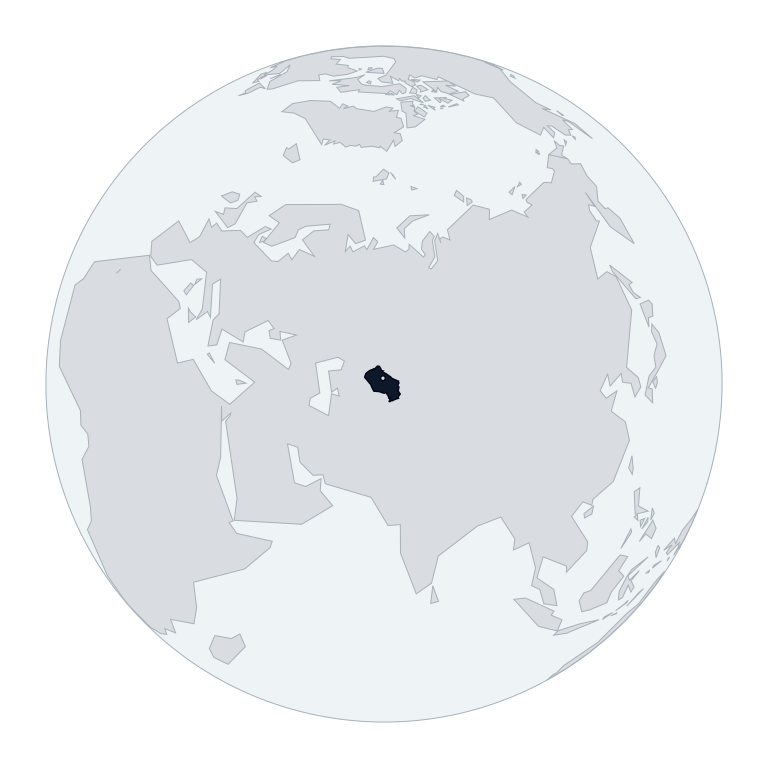 Qyzylorda highlighted on a globe, orthographic projection, rotated 13°
{"feature_id": "KAZ-3197", "entity_name": "Qyzylorda", "entity_type": "Region", "adm_level": 1, "iso_a3": "KAZ", "parent_name": "Kazakhstan", "parent_adm1": "", "projection": "orthographic", "projection_center": [63.953, 45.065], "detail": "fine", "context": "on_globe", "style": "filled", "palette": "ink", "viewbox_px": 768, "rotation_deg": 13, "n_neighbors": 0, "source": "natural_earth", "source_scale": "10m", "svg_char_len": 13825}
<svg xmlns="http://www.w3.org/2000/svg" viewBox="0 0 768 768"><g transform="rotate(13 384 384)"><circle cx="384" cy="384" r="338" fill="#eef3f6" stroke="#a8b0b8"/><path d="M419.6,48.0L417.8,48.4L410.2,47.4L410.2,48.0L419.8,49.7L426.1,50.8L439.2,61.2L468.8,75.8L485.0,79.4L476.1,80.0L511.4,87.3L531.9,98.1L504.5,86.7L498.4,86.4L510.2,93.6L506.5,94.9L510.1,99.5L504.7,100.6L489.1,94.8L485.3,95.7L493.9,100.9L493.8,105.9L481.8,98.0L480.5,106.3L454.2,99.7L426.5,80.6L407.6,80.9L367.8,72.4L367.1,75.4L351.6,75.2L345.1,78.9L339.6,77.0L339.1,81.7L345.4,82.8L347.4,85.4L344.1,88.0L336.5,85.7L337.0,84.1L333.0,84.8L330.6,82.7L330.0,85.2L321.1,82.7L325.0,89.0L313.8,90.2L309.3,87.6L316.2,82.8L323.0,67.4L320.5,64.6L310.1,64.7L276.6,74.5L271.2,74.0L259.2,76.9L259.1,79.0L268.5,77.7L265.5,83.1L277.4,81.6L277.9,83.9L287.5,85.0L279.0,90.4L265.5,95.4L257.1,95.0L250.9,97.5L253.2,102.8L232.0,107.9L208.5,121.8L203.8,123.0L204.8,115.0L219.3,101.5L220.7,94.1L212.5,104.9L200.9,108.8L196.0,112.3L192.4,116.0L194.0,117.1L188.6,120.1L194.5,109.7L199.6,106.8L197.6,109.9L204.3,103.9L208.3,98.3L202.1,101.4L214.6,91.9L210.3,94.2L210.6,94.0L211.1,93.7L216.6,90.6L211.4,93.5L232.5,81.9L254.4,71.9L277.0,63.5L300.1,56.7L323.6,51.5L347.4,48.1L371.4,46.3L395.5,46.3L419.6,48.0ZM429.6,51.3L420.4,49.7L413.1,48.1L421.1,49.1L429.6,51.3ZM442.9,56.5L437.6,55.6L438.1,53.9L441.0,54.8L442.9,56.5ZM497.5,82.3L490.7,78.9L498.5,81.8L497.5,82.3ZM511.6,99.9L514.7,100.6L515.2,102.7L511.6,99.9ZM291.5,82.1L289.5,83.5L288.7,82.5L291.5,82.1ZM297.6,81.4L298.1,79.2L301.1,78.6L300.7,79.9L297.6,81.4ZM507.4,106.7L507.3,110.3L504.7,105.6L507.4,106.7ZM296.2,84.3L306.2,77.9L311.4,76.9L314.2,81.4L296.2,84.3ZM505.5,111.7L505.5,121.2L512.4,123.3L493.0,123.5L499.4,114.9L495.1,108.6L501.1,112.0L505.5,111.7ZM348.9,82.2L342.0,81.1L350.7,79.8L348.9,82.2ZM354.0,80.8L378.1,74.4L386.6,77.8L376.8,79.0L390.3,82.0L382.5,86.7L373.4,86.1L369.5,82.9L369.5,87.2L354.0,80.8ZM482.2,122.5L479.9,124.2L479.4,121.3L482.2,122.5ZM348.8,86.4L352.9,84.6L360.6,87.3L353.8,91.5L353.5,89.2L348.8,86.4ZM397.6,80.8L402.0,83.8L397.0,88.4L398.1,90.3L383.1,87.1L397.6,80.8ZM350.1,89.9L350.1,93.6L343.5,94.7L345.3,88.4L350.1,89.9ZM365.5,86.4L368.8,88.0L364.7,88.4L365.5,86.4ZM320.1,101.7L324.9,99.0L329.3,100.0L320.1,101.7ZM350.5,94.9L352.8,94.5L355.1,94.8L353.7,97.5L350.5,94.9ZM380.6,90.8L377.6,92.2L386.5,92.2L383.1,96.0L373.7,93.4L376.3,96.1L375.3,97.3L368.8,93.9L380.6,90.8ZM359.2,101.1L346.1,99.8L336.3,104.3L332.1,103.3L348.6,96.3L359.2,101.1ZM365.4,97.1L360.6,99.3L357.8,96.8L359.4,93.7L365.4,97.1ZM384.2,99.7L391.8,94.5L393.6,95.3L384.2,99.7ZM356.9,102.9L360.1,103.2L356.5,103.5L356.9,102.9ZM376.4,101.1L378.9,99.0L380.9,100.0L376.4,101.1ZM364.5,105.8L360.3,105.2L361.2,103.0L364.5,105.8ZM370.4,104.0L372.5,105.8L364.0,102.5L371.2,102.9L370.4,104.0ZM377.9,102.3L379.8,102.2L376.6,103.1L377.9,102.3ZM363.4,114.8L352.5,111.2L354.6,106.2L364.9,110.3L363.4,114.8ZM59.0,414.3L60.7,357.2L67.6,348.9L74.4,330.0L126.5,311.3L131.4,325.7L165.5,349.8L168.6,356.2L157.9,369.2L178.1,410.1L192.5,402.9L217.5,429.6L238.3,438.5L257.6,411.3L223.5,396.1L224.2,378.3L256.8,377.5L287.6,391.3L288.9,384.9L275.0,364.2L287.7,356.0L270.8,356.2L273.4,364.5L262.9,365.1L259.9,357.7L264.5,354.8L256.8,348.2L236.8,364.5L237.3,374.7L213.7,366.9L212.3,383.5L203.9,386.6L203.1,359.9L207.5,352.7L201.2,318.6L194.4,325.2L199.9,358.2L195.7,353.1L186.5,363.6L190.1,351.7L186.0,315.0L168.4,306.1L136.2,319.2L128.0,312.2L125.7,297.2L147.3,271.3L163.2,289.9L171.1,282.1L176.4,262.5L180.7,270.2L184.8,264.9L191.6,271.4L209.6,266.6L217.8,271.9L232.9,257.3L239.2,258.4L228.4,266.5L225.4,275.5L246.7,289.5L253.2,288.4L261.3,278.1L266.2,283.8L271.3,272.0L287.6,275.3L272.1,261.9L281.2,250.6L295.4,246.2L295.6,240.4L272.5,247.8L265.8,253.1L264.5,261.3L243.8,275.0L234.7,273.2L245.8,250.5L234.2,245.8L247.9,231.3L301.9,218.6L320.3,220.7L333.6,248.0L324.7,253.7L315.4,246.4L316.5,263.7L320.0,257.2L324.0,262.3L333.8,253.8L337.1,257.0L340.8,243.7L345.9,246.8L343.5,255.2L362.3,246.3L375.3,250.6L377.9,247.1L377.1,242.2L394.0,251.5L395.2,248.6L390.2,244.3L389.3,236.0L394.3,225.1L399.9,228.9L398.8,233.3L405.0,248.8L401.3,260.7L404.1,261.3L408.6,251.9L401.1,232.9L402.5,225.3L407.5,233.6L405.8,230.0L408.2,227.5L415.9,228.8L411.1,219.5L430.7,189.6L447.5,190.0L449.6,200.1L469.2,185.8L486.6,189.0L481.9,184.8L488.1,176.2L482.7,174.9L480.9,172.4L494.3,151.6L501.8,150.3L502.2,138.2L499.8,136.3L494.3,136.5L493.0,123.5L512.4,123.3L516.9,127.5L526.0,125.2L535.0,135.6L546.7,143.7L551.3,157.6L560.1,163.4L562.6,161.9L576.6,169.3L596.3,191.0L569.1,179.9L537.2,152.1L549.2,163.5L543.1,163.2L545.4,168.9L554.2,177.2L557.3,176.8L554.2,204.4L568.7,233.7L575.8,224.4L586.0,227.2L608.7,256.2L616.6,313.2L630.3,320.5L634.9,329.1L631.4,340.2L624.6,327.8L616.0,328.6L612.7,320.4L604.8,335.2L599.7,324.2L596.1,341.9L603.6,347.9L612.5,338.3L611.5,359.4L627.7,366.6L635.8,383.6L629.3,427.5L613.5,449.3L613.8,455.5L604.3,454.0L596.5,470.8L618.0,492.0L619.0,500.7L604.1,526.3L602.9,520.4L577.9,516.6L576.6,538.5L595.7,546.0L602.4,561.1L589.2,562.2L582.0,549.1L573.1,547.2L573.1,529.2L561.1,506.0L547.5,516.7L546.3,505.4L527.7,487.4L507.0,501.4L475.6,539.4L475.1,567.4L462.6,581.2L438.1,545.0L431.5,517.3L419.8,521.0L396.9,497.4L349.2,494.4L345.0,486.2L335.4,488.9L319.7,479.0L314.1,465.0L303.4,464.0L319.0,500.4L330.7,501.5L344.0,490.3L345.9,502.4L361.4,514.1L335.3,539.2L268.7,550.5L266.5,528.5L238.0,455.8L241.2,449.4L241.3,448.5L241.2,446.9L234.2,456.7L230.7,442.0L241.3,492.1L241.3,510.8L267.7,551.4L264.2,553.8L274.0,562.7L310.5,562.4L309.8,569.1L289.9,595.5L243.0,620.0L251.8,644.1L252.7,660.4L229.0,661.3L236.9,673.4L225.5,671.6L228.6,676.8L222.7,677.4L210.7,673.3L184.2,656.5L178.0,651.4L157.8,633.1L127.8,592.6L129.7,583.2L125.4,569.3L106.7,525.3L110.5,511.1L106.6,499.3L98.0,492.5L94.2,478.2L89.5,472.3L63.7,439.9L59.0,414.3ZM101.5,331.4L98.4,336.5L101.5,331.4ZM315.8,421.8L337.1,427.3L335.1,405.3L343.1,405.9L339.5,398.5L334.8,403.8L327.1,383.8L339.0,379.8L340.3,370.5L333.1,368.3L312.6,379.0L323.5,407.2L315.4,414.4L315.8,421.8ZM200.6,109.4L199.9,110.3L195.5,114.2L196.0,112.7L200.6,109.4ZM185.9,131.4L177.4,135.8L183.8,131.3L182.7,129.6L194.8,118.7L202.0,123.0L196.6,122.7L185.9,131.4ZM213.0,106.3L204.5,112.1L213.5,105.6L213.0,106.3ZM200.8,231.5L200.3,237.9L193.6,242.1L183.3,237.3L192.9,230.9L200.8,231.5ZM201.2,246.1L215.2,226.1L222.1,228.9L215.9,230.6L219.1,234.5L209.8,238.3L202.9,261.4L196.5,266.8L180.9,253.8L189.5,254.8L189.5,248.2L201.2,246.1ZM238.4,176.4L244.5,169.6L251.7,184.3L245.2,189.1L234.5,184.1L235.9,175.6L238.4,176.4ZM299.3,94.2L301.1,91.9L303.3,92.3L303.4,94.6L299.3,94.2ZM322.0,100.3L293.3,105.2L294.0,102.7L276.3,109.5L271.3,105.6L282.9,101.1L265.8,103.7L274.2,98.1L262.4,100.9L288.8,91.3L295.7,86.9L289.9,93.1L294.3,96.7L298.4,97.0L314.9,94.7L331.9,87.9L339.1,91.0L339.6,95.1L336.6,97.1L332.9,94.3L331.5,99.2L323.9,96.8L322.0,100.3ZM341.4,150.0L338.4,144.2L334.3,156.7L326.7,153.1L326.7,154.8L318.5,155.1L308.6,158.6L306.1,156.0L303.3,158.5L297.8,159.0L293.2,161.8L287.0,158.4L280.8,161.6L281.5,158.2L272.4,164.7L276.4,158.4L269.7,159.0L269.4,164.8L247.7,143.2L235.5,140.3L223.2,141.6L231.7,131.5L248.6,124.3L268.2,120.6L278.7,125.4L280.7,120.3L286.3,121.3L282.4,124.9L291.7,120.1L295.3,121.9L312.8,120.7L323.9,113.5L330.6,113.2L328.0,117.0L336.5,114.1L336.1,121.3L340.9,121.4L345.3,129.0L337.5,136.9L343.4,136.4L347.1,142.6L341.4,150.0ZM364.3,117.0L356.7,126.4L348.8,129.3L344.5,115.1L340.2,114.0L337.1,105.7L348.7,101.9L348.5,104.5L351.0,106.3L346.4,106.7L351.9,107.7L351.9,111.5L356.2,113.4L352.5,115.8L364.3,117.0ZM176.3,354.1L179.5,357.5L185.4,361.0L179.8,368.0L176.3,354.1ZM172.9,329.1L176.4,330.6L171.3,341.5L168.0,338.2L172.9,329.1ZM182.7,322.6L177.0,329.9L178.1,324.0L182.7,322.6ZM232.1,267.5L236.4,268.8L235.1,271.6L230.8,274.1L232.1,267.5ZM327.8,189.0L327.3,184.6L329.6,183.9L335.2,174.8L341.3,177.1L340.3,183.6L327.8,189.0ZM249.3,414.2L240.8,417.5L238.7,413.3L242.1,412.9L249.3,414.2ZM206.7,393.0L214.4,401.9L205.1,394.8L206.7,393.0ZM335.4,190.0L337.0,185.9L339.0,189.7L335.4,190.0ZM346.1,178.5L349.3,182.1L342.7,176.4L346.1,178.5ZM308.0,671.1L295.1,692.2L279.7,688.7L273.3,681.0L275.7,667.2L292.5,666.4L299.8,660.0L308.0,671.1ZM657.0,558.9L662.6,554.3L662.1,555.5L657.0,558.9ZM651.4,561.1L658.2,555.2L649.8,564.4L651.4,561.1ZM660.7,552.8L667.6,544.3L670.6,539.8L669.8,542.4L660.7,552.8ZM646.6,565.3L617.9,585.8L605.9,590.6L609.3,585.1L628.8,573.6L646.6,565.3ZM608.3,585.6L589.2,585.4L559.0,564.6L569.9,560.7L600.7,567.1L598.9,571.6L610.5,573.8L608.3,585.6ZM652.4,535.4L650.3,547.0L635.1,557.9L627.9,561.4L622.9,551.4L625.7,542.6L631.9,538.7L652.5,497.5L660.3,497.3L654.7,513.1L660.9,517.3L652.4,535.4ZM476.9,569.6L486.0,583.5L478.9,587.4L476.9,569.6ZM658.6,472.7L651.8,491.0L657.2,469.6L658.6,472.7ZM660.4,454.5L662.0,459.8L657.6,457.3L660.4,454.5ZM615.8,463.9L609.4,469.5L608.1,465.3L615.5,455.8L615.8,463.9ZM641.8,398.1L645.9,410.9L646.2,416.2L641.3,410.7L641.8,398.1ZM389.9,209.0L375.3,218.6L368.8,228.2L371.5,237.2L361.4,229.1L371.4,214.3L389.9,209.0ZM425.0,191.4L422.6,184.2L427.8,185.0L429.0,186.8L425.0,191.4ZM420.7,188.7L409.9,184.4L411.2,179.0L419.4,183.3L420.7,188.7ZM372.2,186.2L367.5,188.8L365.9,185.5L372.2,186.2ZM609.4,635.8L614.3,628.9L617.0,626.8L622.4,618.0L650.6,587.4L672.5,552.5L681.5,540.9L692.3,516.5L699.5,503.3L693.6,518.9L695.1,516.0L684.6,538.4L672.5,560.0L658.8,580.6L643.7,600.2L627.2,618.6L609.4,635.8ZM708.4,478.7L709.5,474.8L709.3,475.6L708.4,478.7ZM670.5,545.9L679.1,530.1L682.9,524.9L670.5,545.9ZM714.8,452.9L714.6,453.6L711.0,469.0L704.8,485.5L707.3,477.0L707.4,472.2L698.7,486.5L697.0,485.1L700.8,476.0L694.0,483.0L701.6,468.9L703.9,473.8L707.8,459.1L713.0,448.4L716.7,438.9L718.0,435.4L717.1,440.8L714.8,452.9ZM700.0,490.3L701.2,488.2L699.8,492.9L700.0,490.3ZM721.0,409.1L721.1,408.0L721.0,409.1ZM684.8,505.3L684.2,508.4L682.0,509.2L684.8,505.3ZM687.8,499.9L694.1,493.8L687.0,503.0L687.8,499.9ZM664.9,516.0L667.3,520.2L674.8,508.4L669.0,520.2L673.3,525.5L671.3,531.2L667.2,525.0L664.4,538.5L661.0,541.6L659.8,533.3L663.7,517.6L667.1,509.0L680.3,493.0L664.9,516.0ZM688.1,492.0L686.2,486.7L687.4,479.8L689.5,481.4L688.1,492.0ZM679.4,474.6L672.9,471.2L668.2,480.0L676.6,456.2L681.6,463.4L679.4,474.6ZM672.0,459.0L667.8,467.2L671.4,454.4L672.0,459.0ZM666.0,465.2L664.2,459.1L668.3,456.2L666.0,465.2ZM674.5,456.7L673.3,444.4L676.4,449.1L674.5,456.7ZM659.3,445.6L670.0,448.5L658.1,454.4L652.0,432.6L656.7,427.6L659.3,445.6ZM649.6,327.0L645.3,321.4L647.9,315.5L650.1,320.9L649.6,327.0ZM652.5,293.0L647.2,312.2L642.3,328.4L646.4,328.4L650.0,341.9L640.9,336.0L640.5,316.5L645.1,306.4L640.7,295.7L641.0,283.5L633.0,273.0L631.5,265.3L640.2,272.0L652.5,293.0ZM629.3,268.9L615.5,248.4L622.8,242.7L627.4,245.9L630.7,257.5L626.7,259.8L629.3,268.9ZM614.3,242.0L610.2,244.2L581.3,223.0L577.1,217.3L602.9,229.3L600.4,232.2L606.3,238.7L614.3,242.0ZM483.4,125.7L480.3,124.3L483.7,124.1L483.4,125.7ZM477.8,172.0L475.9,168.4L480.0,167.9L477.8,172.0ZM473.0,158.6L469.7,161.6L470.8,156.8L473.0,158.6ZM462.7,168.9L467.2,162.1L466.2,170.9L462.7,168.9Z" fill="#d9dde1" stroke="#a8b0b8" stroke-width="1"/><path d="M375.8,393.2L375.7,393.2L375.3,392.8L375.0,392.5L374.8,392.2L374.6,391.9L374.3,391.7L374.1,391.4L373.9,391.1L373.6,390.8L373.4,390.5L373.1,390.1L372.9,389.9L372.7,389.6L372.2,389.1L372.0,388.7L371.9,388.5L371.9,388.2L371.8,387.9L371.7,387.8L371.5,387.6L371.1,387.4L370.6,387.0L370.0,386.6L369.3,386.1L368.6,385.5L367.8,384.9L367.0,384.3L366.2,383.7L365.4,383.1L364.7,382.6L364.0,382.1L363.7,381.9L363.8,378.9L364.2,377.5L366.6,374.6L367.7,373.6L368.8,372.9L369.7,372.7L369.9,372.0L370.3,371.6L371.2,371.7L372.3,370.2L372.7,369.3L373.6,368.1L374.6,367.9L375.7,367.9L376.4,369.1L376.9,369.3L377.5,369.9L378.1,370.8L378.0,371.1L378.4,371.2L378.7,371.3L379.2,371.5L379.5,371.5L378.8,372.0L378.8,372.3L380.0,372.1L381.0,372.8L381.6,372.9L382.6,373.4L383.1,373.4L383.3,373.4L383.5,373.5L388.3,375.4L388.7,375.4L389.7,376.3L390.5,376.7L396.4,377.9L397.1,377.9L397.5,377.9L397.6,378.5L397.7,379.0L398.2,379.4L398.3,380.0L398.0,380.5L397.8,381.9L397.9,382.6L398.3,382.9L398.8,383.2L399.2,383.6L399.4,388.1L399.8,388.4L400.0,388.3L400.3,388.4L400.5,388.6L400.6,388.8L401.0,389.3L402.0,390.0L402.0,390.3L401.7,390.4L401.4,390.7L401.5,390.9L401.6,391.3L401.4,391.8L401.0,391.6L401.0,392.2L400.7,392.8L400.6,393.3L400.3,393.7L400.4,394.2L400.5,393.7L400.6,393.9L400.8,393.9L400.8,394.3L401.1,394.5L401.3,394.6L401.1,394.8L399.0,395.9L397.0,397.4L396.1,398.3L395.7,398.1L395.0,398.5L393.7,399.9L393.4,399.8L393.0,399.8L393.0,399.6L393.1,399.4L393.1,399.2L393.2,397.6L393.3,396.1L392.7,396.5L392.0,396.8L391.7,396.2L391.3,395.6L391.1,395.1L390.7,394.4L390.5,394.2L390.1,393.9L389.6,393.7L389.4,393.4L389.2,393.2L388.7,392.6L388.3,392.0L388.2,392.0L388.1,391.9L387.9,391.9L387.8,392.0L387.4,392.2L387.0,392.4L386.6,392.7L386.2,392.9L385.8,392.9L385.2,392.9L384.6,392.8L384.0,392.8L383.4,392.7L382.8,392.7L382.1,392.6L381.5,392.5L380.8,392.5L380.4,392.5L380.0,392.6L379.6,392.6L379.3,392.7L378.9,392.8L378.5,392.8L378.1,392.9L377.7,392.9L377.5,393.0L377.2,393.0L376.7,393.1L376.4,393.1L376.1,393.2L375.8,393.2L375.8,393.2ZM381.7,381.0L381.9,381.0L382.1,381.0L382.4,380.9L382.6,380.9L382.8,380.7L383.0,380.6L383.4,380.3L383.5,380.2L383.8,379.8L383.9,379.6L384.0,379.3L384.0,379.1L384.0,378.9L384.1,378.6L384.0,378.4L384.0,378.1L384.0,377.9L383.9,377.7L383.7,377.3L383.5,377.1L383.4,376.9L383.2,376.7L382.8,376.5L382.6,376.4L382.4,376.3L382.2,376.2L381.9,376.2L381.7,376.2L381.4,376.2L381.2,376.2L381.0,376.3L380.8,376.4L380.6,376.5L380.4,376.6L380.2,376.7L380.0,376.9L379.8,377.0L379.7,377.2L379.6,377.4L379.5,377.6L379.4,377.9L379.3,378.1L379.3,378.3L379.3,378.6L379.3,378.8L379.3,379.1L379.4,379.3L379.5,379.5L379.7,379.9L379.8,380.1L380.0,380.3L380.1,380.5L380.3,380.6L380.5,380.7L380.7,380.8L380.9,380.9L381.2,381.0L381.4,381.0L381.7,381.0Z" fill="#0f172a" stroke="#020617" stroke-width="1.5"/></g></svg>